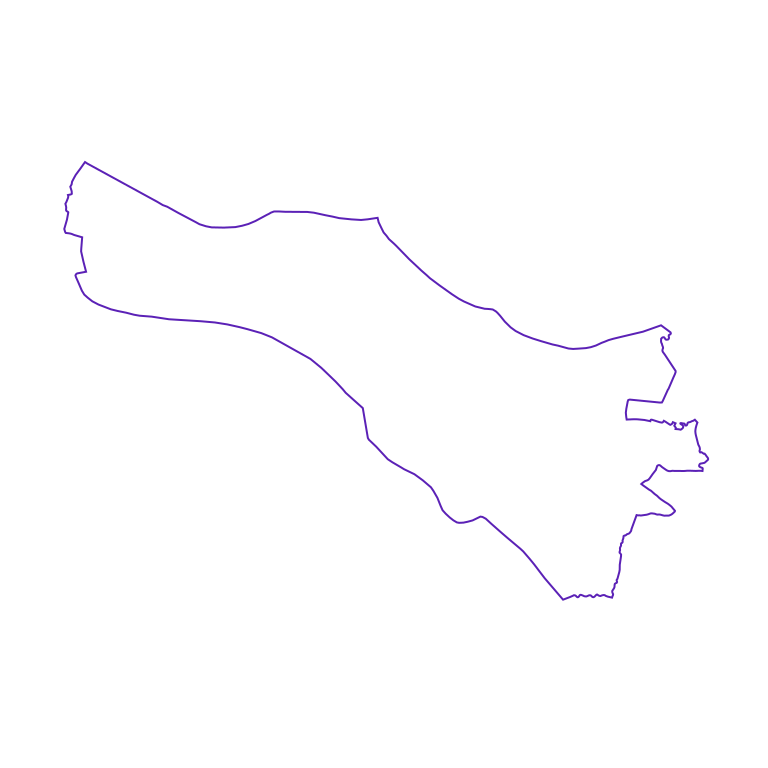 Cho Lach, Bến Tre, Vietnam, rotated 3°
{"feature_id": "81297802B13885304658875", "entity_name": "Cho Lach", "entity_type": "district", "adm_level": 2, "iso_a3": "VNM", "parent_name": "Vietnam", "parent_adm1": "Bến Tre", "projection": "orthographic", "projection_center": [106.202, 10.224], "detail": "fine", "context": "isolated", "style": "outline", "palette": "violet", "viewbox_px": 768, "rotation_deg": 3, "n_neighbors": 0, "source": "geoboundaries", "source_scale": "gbopen_adm2", "svg_char_len": 6114}
<svg xmlns="http://www.w3.org/2000/svg" viewBox="0 0 768 768"><g transform="rotate(3 384 384)"><path d="M368.9,218.4L368.4,218.5L359.1,220.4L352.5,221.4L342.9,221.3L330.6,220.7L323.7,219.5L316.6,218.5L305.0,216.6L298.5,216.2L276.1,217.2L269.5,217.2L265.1,217.5L262.1,218.8L260.2,220.1L258.2,221.2L247.0,228.0L240.2,231.3L234.0,233.4L227.3,235.1L219.0,235.9L216.0,236.2L203.7,236.6L198.0,235.8L191.4,234.1L187.5,232.2L169.6,223.9L158.2,218.3L153.7,216.9L148.4,214.1L76.4,179.5L73.8,178.0L68.8,185.9L68.3,186.6L65.2,191.3L63.5,194.8L61.9,198.3L61.6,201.0L60.4,203.4L62.0,207.8L62.3,210.4L61.3,211.1L58.5,211.8L58.8,212.7L58.9,213.4L58.7,214.7L57.3,218.8L56.4,220.7L57.1,222.9L57.4,224.2L57.4,227.0L57.7,227.6L58.1,228.0L59.3,228.6L59.7,229.0L59.7,229.5L58.8,236.4L56.6,245.9L57.6,248.8L58.3,249.8L61.4,250.0L63.0,250.2L64.3,250.5L66.8,251.4L74.9,253.3L74.6,264.6L74.6,267.4L77.4,277.4L80.6,287.5L71.9,289.6L71.0,290.2L70.5,290.9L70.2,291.7L70.8,293.4L73.5,298.7L77.4,306.6L80.0,310.4L83.6,313.3L88.4,316.7L94.7,319.6L107.3,323.7L114.1,325.0L122.8,326.3L130.7,327.9L136.4,328.6L148.5,328.9L165.9,330.6L197.6,330.9L211.9,331.4L224.4,332.7L236.9,334.8L244.8,336.4L258.8,339.6L269.7,343.3L309.2,362.8L320.6,371.2L324.9,374.9L335.4,384.0L343.1,391.4L346.2,394.8L364.1,409.2L370.7,438.7L371.8,440.4L379.5,447.0L391.7,458.9L396.4,461.7L405.5,466.4L408.4,468.0L419.1,472.5L427.7,478.1L436.3,484.7L438.9,488.1L443.3,494.9L446.9,502.7L449.1,507.0L452.4,510.3L456.7,513.9L460.4,516.5L464.0,518.4L466.3,518.7L470.5,518.3L474.7,517.2L479.6,515.6L487.2,511.4L489.3,511.6L492.7,513.2L499.0,518.4L509.5,526.7L515.7,531.5L528.8,541.4L531.8,543.9L538.6,551.0L543.6,556.5L549.5,563.5L554.6,569.5L574.1,590.0L580.9,587.0L583.5,585.7L584.7,585.0L585.2,585.0L585.9,585.1L586.7,585.5L587.6,586.4L588.2,586.7L588.6,586.8L589.2,586.6L589.9,585.8L590.6,584.6L591.1,584.3L592.0,584.3L593.8,584.9L595.0,585.4L596.2,585.6L597.4,585.5L598.5,585.0L599.4,584.5L600.2,584.2L600.9,584.2L601.7,584.4L603.3,585.8L603.9,585.9L604.5,585.9L605.4,585.3L606.9,583.6L607.4,583.2L607.9,583.1L608.4,583.4L609.4,584.0L610.3,584.3L611.3,584.4L612.7,583.7L614.0,583.3L615.4,583.3L616.6,584.0L618.5,584.6L622.9,585.4L623.4,583.6L623.7,582.9L623.8,581.9L623.2,580.8L622.8,579.7L622.8,578.6L624.4,575.9L624.8,574.7L624.8,572.5L625.0,571.5L625.7,570.9L626.8,570.3L627.1,569.5L626.6,567.9L626.7,567.2L627.3,566.4L628.8,559.5L629.1,557.2L628.9,552.2L629.7,543.8L629.7,542.0L629.1,541.1L628.1,540.1L628.1,538.9L628.4,538.1L628.4,537.1L628.2,535.7L628.4,534.7L629.0,533.5L629.2,532.7L629.0,531.3L629.3,530.6L630.2,530.1L630.6,529.2L630.4,527.9L631.1,525.4L631.2,523.4L631.5,523.1L632.2,522.7L632.8,522.7L633.7,522.1L634.5,521.3L636.3,520.6L637.0,520.0L638.3,518.1L638.6,517.1L638.7,516.1L643.1,501.7L644.5,501.9L646.2,501.8L647.4,501.9L653.1,500.8L654.9,500.2L656.2,499.6L657.4,499.2L658.7,499.2L661.2,499.4L662.7,499.9L663.8,500.1L665.6,499.9L666.8,500.0L669.4,500.6L670.7,500.8L672.3,500.7L675.2,500.5L675.9,500.3L677.8,499.3L678.8,498.5L679.7,497.6L679.9,497.4L681.1,496.1L681.2,495.4L678.3,492.3L677.5,491.4L675.5,489.9L673.7,488.7L670.7,487.1L666.7,484.7L665.0,483.5L662.5,481.3L659.9,479.6L656.2,476.6L654.2,475.6L650.6,473.3L648.2,471.8L646.2,470.4L647.5,469.1L649.8,467.3L651.8,466.5L653.1,465.7L654.3,464.2L657.0,459.9L660.0,455.6L660.8,452.6L661.2,451.4L661.9,450.9L662.4,450.7L662.8,450.6L663.3,450.6L663.9,450.8L664.5,451.2L666.0,452.4L670.0,454.9L671.3,455.6L672.2,455.9L673.1,456.1L674.8,456.0L676.4,455.6L677.2,455.6L678.5,455.6L687.5,455.2L688.9,455.1L691.6,454.7L694.0,454.6L699.9,454.5L702.8,454.2L704.7,454.1L706.6,454.2L706.7,452.5L706.7,451.8L706.5,451.3L706.2,451.1L705.1,450.8L704.0,450.4L703.5,450.1L703.1,449.7L703.0,449.3L703.0,448.6L703.3,448.0L703.5,447.5L703.9,447.1L704.3,446.9L705.3,446.7L706.5,446.4L708.0,446.0L708.6,445.6L711.4,442.8L711.6,442.3L711.6,441.8L711.4,441.1L710.9,440.4L710.0,439.4L708.8,437.8L707.8,436.8L707.6,436.9L707.2,437.0L706.6,436.7L705.0,435.7L704.5,435.5L703.8,435.6L703.4,435.8L703.0,435.4L702.7,434.8L702.6,434.2L702.8,433.3L702.9,432.5L702.5,430.7L702.0,429.7L701.3,428.6L700.9,427.7L698.1,418.7L697.7,417.1L697.4,415.2L697.4,413.7L697.6,411.7L698.2,408.8L698.8,406.7L699.0,406.1L696.3,403.4L694.8,404.5L693.7,404.9L693.0,405.2L692.1,405.8L691.3,406.1L690.0,406.4L689.6,406.7L689.3,407.0L689.1,407.6L688.9,408.6L688.6,409.2L688.3,409.5L688.1,409.6L687.7,409.7L687.4,409.7L687.0,409.6L686.7,408.9L686.3,408.1L686.1,407.9L685.8,407.8L684.2,407.7L683.2,407.5L682.5,407.5L682.1,407.6L682.0,407.8L682.1,408.1L682.2,408.3L682.7,408.6L683.9,409.3L684.4,409.6L684.7,410.0L684.9,410.3L685.0,410.8L685.0,411.4L684.9,411.8L684.7,412.3L684.2,412.9L682.7,414.1L680.7,413.8L677.5,413.7L677.7,412.4L676.1,410.5L677.2,408.0L674.5,407.0L673.9,408.4L673.6,408.8L672.9,409.3L672.0,409.8L671.2,409.4L667.0,406.9L665.4,406.1L665.3,406.3L664.9,407.0L664.4,407.6L663.9,407.9L663.6,408.0L661.2,407.7L653.2,405.6L652.7,405.7L652.3,405.8L652.1,406.2L651.9,407.2L645.9,406.3L639.1,406.0L635.5,406.1L628.2,406.8L627.6,404.0L627.0,400.0L627.3,395.9L627.5,394.5L628.3,388.6L628.8,387.2L630.2,386.7L660.6,388.1L662.5,387.9L663.3,386.3L667.8,374.8L668.4,373.9L672.6,362.5L674.0,358.9L674.6,356.8L674.5,355.7L663.0,340.1L660.8,337.4L660.3,336.3L660.4,334.7L660.8,333.6L660.7,332.7L659.8,330.6L659.4,329.3L658.7,328.1L658.4,326.7L658.4,324.3L659.3,323.2L660.3,322.7L661.2,322.7L662.0,323.5L662.9,324.8L664.1,325.0L665.5,324.6L666.1,323.7L666.2,322.7L665.8,321.4L665.9,320.3L666.7,319.7L667.4,319.4L667.8,318.3L667.4,317.4L665.3,316.0L657.6,310.9L639.9,318.2L618.4,324.5L610.7,326.8L606.0,328.4L602.2,330.2L599.2,331.5L593.6,334.5L588.6,336.4L583.7,337.6L575.5,338.6L571.0,339.1L566.3,338.9L555.8,336.6L550.2,335.7L538.7,333.0L530.1,330.8L520.9,327.9L512.7,324.2L507.5,320.8L501.4,315.4L496.4,309.8L493.6,307.0L491.9,305.6L488.7,303.9L486.3,303.7L483.5,303.6L480.6,303.6L471.1,301.8L465.8,299.8L459.5,297.4L454.2,294.9L447.0,290.7L434.1,282.5L424.4,276.0L420.8,273.0L415.3,268.7L402.7,258.1L388.9,245.3L386.6,243.3L381.4,239.1L378.7,235.8L375.7,232.7L373.6,229.0L370.2,222.8L368.9,218.4Z" fill="none" stroke="#5b21b6" stroke-width="2"/></g></svg>